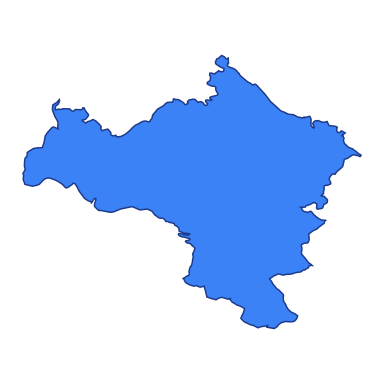 the district of Ciresu, Mehedinti, Romania
{"feature_id": "2599482B7302732559425", "entity_name": "Ciresu", "entity_type": "district", "adm_level": 2, "iso_a3": "ROU", "parent_name": "Romania", "parent_adm1": "Mehedinti", "projection": "natural_earth1", "projection_center": [22.529, 44.822], "detail": "fine", "context": "isolated", "style": "filled", "palette": "blue", "viewbox_px": 384, "rotation_deg": 0, "n_neighbors": 0, "source": "geoboundaries", "source_scale": "gbopen_adm2", "svg_char_len": 5967}
<svg xmlns="http://www.w3.org/2000/svg" viewBox="0 0 384 384"><path d="M25.0,184.4L32.5,186.2L36.7,185.3L39.2,184.4L43.0,180.4L45.2,178.8L47.0,178.1L49.7,178.0L55.4,180.1L58.5,181.7L62.5,184.4L65.6,187.8L67.7,187.6L72.1,184.5L73.1,183.2L75.1,183.8L77.3,187.3L79.1,191.1L84.6,198.5L88.0,200.7L91.4,201.9L91.2,203.5L93.7,199.4L94.7,198.5L95.8,198.5L95.6,200.9L94.7,203.3L94.4,206.0L94.9,206.9L98.6,210.4L101.6,210.6L110.2,212.3L113.5,211.9L120.7,209.0L131.5,206.7L133.4,207.1L139.8,209.9L147.5,209.1L151.9,211.2L152.6,211.9L154.4,214.6L158.8,217.8L160.2,218.2L163.0,218.2L165.0,219.9L165.7,221.4L168.1,221.6L169.5,222.5L171.1,222.6L174.3,223.6L174.6,225.0L177.3,226.5L178.7,228.1L179.1,229.8L179.2,231.2L183.8,233.1L189.6,233.7L189.8,234.1L189.5,234.4L188.5,235.1L183.9,234.6L179.5,233.5L178.8,233.6L178.4,234.3L178.7,235.2L179.4,235.8L181.7,236.8L183.8,237.0L189.7,238.7L189.9,239.5L189.6,240.0L185.8,240.9L185.5,241.7L187.5,243.1L189.2,243.2L190.7,244.0L191.5,244.6L191.9,245.5L194.4,247.4L194.8,248.3L194.0,251.2L192.8,253.5L192.9,255.3L193.3,256.7L192.5,260.3L192.5,261.7L191.3,265.9L190.4,266.6L189.6,268.8L189.0,271.4L189.2,273.5L189.0,275.2L185.8,276.7L185.0,277.7L183.4,278.2L183.1,278.6L183.8,279.0L185.3,282.1L187.0,283.5L189.8,284.9L193.8,286.1L196.7,285.7L198.9,286.8L200.6,287.1L204.1,286.2L205.7,291.8L206.9,297.0L211.2,298.4L211.6,298.8L212.9,298.8L216.0,299.8L219.3,297.8L222.5,297.4L228.0,299.2L230.4,298.5L230.2,299.7L232.4,302.4L234.1,303.1L236.6,304.8L240.8,306.4L244.7,308.7L242.8,314.2L241.6,316.2L240.9,318.5L244.0,321.6L245.6,322.5L250.2,324.6L253.9,325.7L258.0,327.8L260.6,326.8L267.7,325.6L266.8,327.2L274.4,328.5L277.2,326.6L278.4,324.8L281.1,322.8L285.8,321.4L288.2,321.8L292.4,321.8L294.8,320.9L296.7,318.7L297.7,315.9L295.3,314.0L290.9,311.9L288.3,309.5L286.7,307.0L285.7,304.5L283.7,301.5L283.2,298.8L283.5,295.2L283.2,294.4L278.8,290.0L276.8,288.7L272.5,283.6L272.4,282.8L269.5,278.6L271.4,277.7L273.3,276.2L278.2,274.0L279.9,274.1L282.1,275.0L284.1,274.9L285.1,274.8L285.7,274.3L289.2,274.3L292.7,273.7L295.3,272.7L300.2,272.0L301.5,271.5L303.2,270.1L304.9,270.0L306.2,268.8L307.8,268.2L308.6,267.3L308.9,265.9L311.1,265.4L312.2,265.5L311.2,264.5L308.5,262.7L304.8,257.8L301.6,254.2L301.4,252.2L301.9,250.4L301.9,247.7L301.1,245.1L301.9,244.4L304.3,243.2L307.4,243.0L308.2,242.3L309.0,240.4L309.2,239.2L308.8,234.5L308.9,233.9L313.0,230.8L316.9,229.0L318.9,227.1L324.1,223.3L324.5,221.6L325.6,220.4L321.2,219.9L318.0,218.1L314.0,214.9L311.4,211.6L310.6,211.3L308.4,212.0L307.6,212.6L306.0,211.8L303.7,211.5L302.1,209.7L301.7,208.2L300.6,207.3L305.2,207.1L306.0,205.8L309.4,204.8L314.0,202.4L316.7,203.9L316.9,204.9L316.5,207.9L317.4,209.2L322.2,208.3L323.0,207.1L323.8,204.6L327.1,202.7L327.5,200.2L327.4,199.7L324.1,196.3L321.4,196.0L321.1,195.6L323.6,193.5L323.4,191.9L324.2,189.3L324.0,187.4L324.3,185.9L325.7,185.3L327.6,185.3L330.6,183.9L330.8,182.9L329.1,178.9L330.1,176.6L332.6,173.8L335.0,174.3L336.6,171.9L342.3,167.0L342.8,166.2L344.3,159.6L345.0,159.0L346.9,158.7L352.8,154.8L354.9,155.0L358.7,155.9L359.7,156.5L360.2,156.5L361.0,155.6L360.9,154.9L359.0,154.0L355.8,151.2L353.9,150.1L352.9,149.0L349.1,147.6L346.8,145.9L345.7,144.5L344.5,143.7L343.6,141.0L343.5,139.6L344.1,138.2L343.4,137.3L343.1,135.9L341.8,135.8L342.2,134.8L343.0,134.7L345.2,133.0L341.7,130.9L340.8,131.7L340.6,131.5L340.2,132.3L339.1,132.8L337.5,132.1L336.7,130.4L336.6,128.8L337.3,127.7L337.1,127.2L335.9,126.4L328.9,125.5L327.1,121.5L324.0,122.3L322.2,122.2L318.1,120.5L316.8,121.1L315.7,120.6L313.9,121.7L312.6,123.8L313.7,125.4L314.2,127.4L313.7,128.2L311.2,125.9L310.9,124.8L311.1,119.6L310.3,117.0L309.5,116.3L304.5,117.7L304.1,117.0L302.4,118.1L300.5,117.4L298.4,117.3L293.4,114.7L288.3,114.2L284.3,112.2L281.0,111.0L270.4,101.4L265.1,94.4L256.4,84.9L254.9,84.1L252.8,85.0L250.2,83.1L247.8,82.0L241.0,76.3L239.6,74.7L239.3,73.6L238.1,72.7L236.8,70.9L234.7,69.2L233.8,68.6L229.4,67.1L227.4,65.9L227.5,63.8L228.5,63.6L228.2,58.1L226.9,58.8L226.1,58.8L224.1,56.6L221.5,55.5L218.5,58.3L216.7,59.0L215.5,61.7L215.5,62.9L215.9,63.9L216.9,64.7L220.4,67.0L224.1,68.6L223.6,71.0L222.4,71.8L220.6,71.6L218.5,70.7L218.2,71.3L215.4,73.1L214.6,74.0L211.1,73.0L209.9,73.1L209.6,74.9L210.6,77.3L210.2,79.9L209.9,80.8L207.9,81.9L207.2,82.9L207.4,84.1L211.1,85.9L215.1,86.5L215.9,87.5L215.7,89.5L216.6,91.7L218.0,93.8L217.9,94.3L217.3,95.1L216.1,95.6L211.5,96.6L210.1,97.2L209.8,97.7L209.9,98.2L211.8,99.7L211.3,100.5L209.7,100.1L205.9,100.0L205.6,100.5L205.7,101.5L206.4,102.7L207.5,103.6L207.5,104.6L206.4,105.3L205.1,105.3L204.0,104.5L203.6,103.3L201.3,101.7L199.8,101.7L198.1,102.4L195.0,99.4L192.5,99.2L191.3,99.6L189.4,99.8L188.1,100.8L187.4,102.0L188.1,103.5L185.3,104.7L184.7,104.3L183.6,102.8L179.5,100.1L177.7,99.5L175.9,99.6L174.2,98.9L173.4,99.0L173.0,101.3L172.5,102.1L167.5,102.4L165.5,103.6L163.7,105.6L157.5,109.2L152.5,115.3L152.5,116.4L151.5,119.2L150.3,120.2L149.9,121.4L148.7,121.9L145.6,121.0L144.5,121.1L142.8,121.4L139.8,122.8L139.2,123.5L135.6,125.1L132.0,128.1L130.0,130.4L125.0,134.5L120.8,136.5L116.6,136.9L115.9,135.2L113.5,135.9L112.0,135.5L111.2,135.0L110.7,134.1L110.9,132.8L108.3,129.5L107.5,129.1L102.0,130.7L101.4,129.4L100.6,128.8L101.2,126.8L99.5,124.4L95.9,121.1L93.5,119.7L92.7,119.6L90.0,121.0L87.8,121.6L85.6,123.0L82.1,120.7L82.3,120.0L85.3,119.5L87.6,116.8L88.4,115.6L88.5,114.7L85.4,110.7L84.0,107.8L82.8,107.9L82.5,109.1L80.8,109.7L75.3,109.5L73.7,111.1L72.5,111.2L71.4,110.6L69.8,108.9L62.8,108.7L61.4,109.5L60.2,109.2L57.7,109.3L55.5,109.9L55.3,108.6L55.5,106.8L55.9,105.9L58.4,104.0L59.6,100.8L59.3,99.6L57.0,102.3L52.9,104.9L52.4,108.7L52.7,110.8L55.0,116.7L57.4,120.8L58.1,123.0L57.7,127.5L58.1,128.9L53.6,126.9L52.0,127.5L49.1,130.7L47.0,133.2L45.2,136.1L44.0,142.7L42.3,147.6L38.8,147.9L38.2,147.7L33.4,148.5L28.0,151.9L27.1,152.9L27.3,154.1L27.1,155.5L26.6,156.5L25.1,158.2L24.6,161.2L24.4,166.1L25.2,169.6L23.0,173.4L23.6,175.4L23.2,179.5L25.0,184.4Z" fill="#3b82f6" stroke="#1e3a8a" stroke-width="1.5"/></svg>